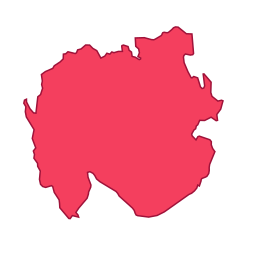 the border of Lincolnshire, rotated 80°
{"feature_id": "GBR-2081", "entity_name": "Lincolnshire", "entity_type": "Administrative County", "adm_level": 1, "iso_a3": "GBR", "parent_name": "United Kingdom", "parent_adm1": "", "projection": "natural_earth1", "projection_center": [-0.294, 53.122], "detail": "fine", "context": "isolated", "style": "filled", "palette": "rose", "viewbox_px": 256, "rotation_deg": 80, "n_neighbors": 0, "source": "natural_earth", "source_scale": "10m", "svg_char_len": 2309}
<svg xmlns="http://www.w3.org/2000/svg" viewBox="0 0 256 256"><g transform="rotate(80 128 128)"><path d="M166.3,46.5L178.0,53.9L181.0,54.9L184.0,55.4L186.8,56.4L189.3,58.7L189.8,60.2L190.2,62.3L190.6,64.1L191.5,64.9L192.9,65.3L197.5,67.8L196.3,69.2L199.1,70.7L201.5,73.5L203.3,76.7L204.0,79.5L216.9,106.8L219.2,114.5L219.3,123.1L216.0,133.7L215.1,135.1L213.3,135.7L210.2,136.2L207.6,137.5L193.5,148.5L190.6,149.5L188.4,150.8L176.0,165.0L172.7,167.8L169.0,169.0L166.6,170.3L164.4,173.1L164.7,175.6L169.5,175.9L177.7,174.4L179.8,175.0L184.2,177.9L186.3,178.5L190.1,180.5L198.3,190.4L202.1,194.0L204.9,192.4L207.2,192.1L206.8,193.0L204.6,198.0L207.2,200.7L206.8,202.0L194.7,209.0L190.4,208.5L186.8,208.3L178.6,211.8L172.7,212.3L171.5,213.3L172.2,219.4L170.8,222.2L168.3,223.9L163.2,224.1L155.3,221.9L155.0,221.9L150.1,223.6L147.1,223.2L141.4,225.9L137.8,224.7L134.2,225.2L131.6,222.3L121.7,224.1L113.3,220.8L99.5,226.2L94.2,226.3L89.3,224.9L85.5,226.3L82.6,225.1L82.0,223.0L84.8,223.4L92.0,221.2L96.7,218.4L97.4,216.1L81.6,211.4L79.9,208.3L74.0,205.2L70.2,205.5L66.9,204.2L60.3,204.0L60.2,203.8L58.1,199.6L56.2,191.7L53.9,189.8L51.1,183.3L48.7,179.8L44.0,178.8L44.1,176.4L42.5,173.9L45.5,167.1L45.0,165.7L42.3,164.0L42.0,160.5L38.9,155.3L39.7,151.4L43.5,148.8L46.4,145.3L54.4,142.6L53.2,138.4L50.7,135.8L52.1,133.1L50.3,130.7L51.4,128.8L50.9,124.2L51.6,120.2L46.6,120.0L45.8,119.7L45.5,118.1L47.8,113.8L51.6,113.4L53.8,111.4L58.2,111.5L59.5,108.6L62.6,105.1L62.3,103.7L61.3,103.4L59.4,105.8L55.9,103.7L51.9,103.8L48.9,106.2L40.6,105.2L41.9,96.2L45.0,89.6L45.6,87.3L45.2,85.7L42.8,79.3L42.0,78.4L41.0,77.9L40.2,77.2L40.0,75.8L40.8,73.6L41.0,72.5L40.8,71.5L38.7,67.8L37.2,65.8L36.7,63.7L37.4,61.1L42.4,56.7L45.3,54.2L46.5,48.7L66.0,50.5L67.0,51.5L67.0,53.9L65.1,58.6L66.3,60.4L67.9,61.1L73.4,61.4L83.0,59.2L89.4,57.1L89.7,56.2L88.7,54.3L90.7,50.7L100.1,49.5L102.0,48.2L101.8,46.5L99.9,45.2L87.9,44.6L87.9,43.8L97.3,38.2L107.4,40.3L111.4,39.8L117.1,34.8L116.9,31.0L117.8,29.7L118.5,30.1L125.5,33.4L130.1,38.2L136.0,38.5L136.1,39.9L131.8,44.3L133.9,51.2L132.9,56.1L136.9,58.7L137.9,60.4L140.5,61.5L141.4,63.4L145.0,66.3L146.9,66.2L151.5,63.1L148.7,60.7L148.4,59.2L153.8,49.4L155.9,48.3L159.1,48.9L162.9,48.2L165.2,47.1L165.6,47.0L166.3,46.5L166.3,46.5Z" fill="#f43f5e" stroke="#9f1239" stroke-width="1.5"/></g></svg>